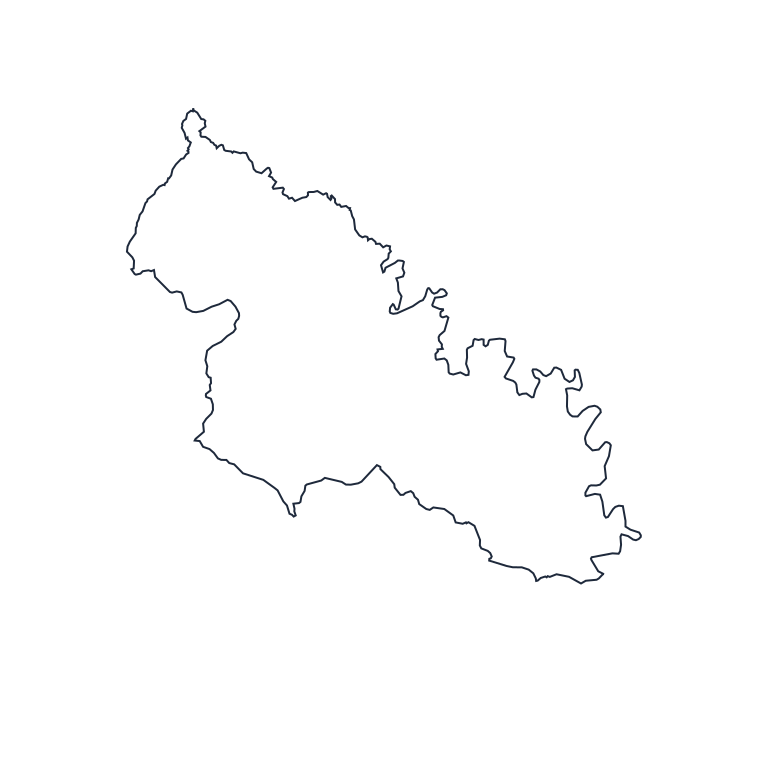 Chililabombwe, Copperbelt, Zambia, rotated 207°
{"feature_id": "96606910B40420728980339", "entity_name": "Chililabombwe", "entity_type": "district", "adm_level": 2, "iso_a3": "ZMB", "parent_name": "Zambia", "parent_adm1": "Copperbelt", "projection": "robinson", "projection_center": [27.886, -12.358], "detail": "fine", "context": "isolated", "style": "outline", "palette": "slate", "viewbox_px": 768, "rotation_deg": 207, "n_neighbors": 0, "source": "geoboundaries", "source_scale": "gbopen_adm2", "svg_char_len": 6155}
<svg xmlns="http://www.w3.org/2000/svg" viewBox="0 0 768 768"><g transform="rotate(207 384 384)"><path d="M661.2,371.5L656.1,368.8L654.7,368.8L651.1,371.8L650.2,374.9L645.4,378.4L642.7,378.8L640.7,381.1L636.5,375.4L616.5,368.8L614.3,369.2L610.7,372.4L606.1,373.6L603.9,372.1L594.2,361.6L587.4,361.4L584.0,362.7L578.2,367.1L572.7,374.6L567.1,380.2L561.6,388.0L558.3,388.3L551.5,385.5L545.4,381.3L544.0,378.9L543.4,375.9L544.3,373.3L544.3,369.2L541.2,365.8L541.8,361.9L545.5,355.4L548.2,347.8L553.9,340.1L556.7,333.4L553.9,324.1L549.5,319.6L547.1,312.8L543.3,310.5L541.3,310.9L538.5,306.2L538.8,304.0L535.7,299.5L538.1,294.3L537.5,292.8L536.5,291.7L531.5,292.3L527.3,288.2L524.6,283.2L524.3,279.3L526.6,272.2L527.2,266.6L522.8,259.7L527.0,249.5L527.0,247.7L522.3,249.5L516.7,245.9L509.9,246.8L504.3,245.4L498.2,242.3L494.6,242.5L489.9,244.8L486.0,243.3L481.0,244.4L469.1,240.4L448.0,243.8L434.4,241.7L430.5,240.9L420.4,233.7L415.3,231.7L409.3,225.5L406.6,225.7L404.3,224.9L403.0,226.8L406.1,229.8L407.1,232.2L410.4,236.2L405.7,239.3L404.9,241.0L406.6,246.4L406.2,252.7L407.9,257.7L407.2,259.4L396.1,269.5L394.1,273.5L377.2,277.6L372.3,277.1L367.9,279.2L361.9,283.8L359.7,286.8L353.5,308.5L349.7,308.5L348.5,306.5L337.7,303.2L329.4,299.4L327.4,296.5L319.0,292.7L316.4,294.1L315.4,296.7L311.5,300.7L308.4,300.0L305.5,297.4L301.2,296.3L298.1,293.0L289.6,291.8L286.1,292.6L284.0,296.4L273.5,300.0L262.6,298.3L257.3,293.2L250.4,295.2L248.2,297.9L247.3,297.3L246.0,299.2L239.0,298.7L227.6,288.6L225.3,283.6L222.7,281.7L215.8,282.4L212.6,281.6L209.7,279.2L209.7,277.2L210.8,276.1L210.1,274.4L192.2,277.5L186.0,279.2L178.0,283.2L170.8,284.3L165.0,283.1L160.5,279.7L159.0,277.6L157.8,278.6L156.3,282.3L152.9,285.7L151.3,285.6L150.9,287.1L148.7,287.4L143.9,292.8L131.6,296.2L117.9,295.7L114.9,300.3L105.7,306.1L104.3,308.3L102.6,314.0L101.7,314.4L108.1,314.4L119.2,321.3L120.3,322.3L120.3,323.9L103.6,336.8L97.9,339.3L97.7,342.2L99.8,348.4L104.0,355.3L104.1,357.9L97.5,359.3L91.4,358.5L88.6,359.2L86.7,361.5L85.8,364.3L86.5,365.8L89.2,367.5L98.2,366.1L104.1,366.6L106.7,371.7L115.7,383.6L119.5,382.2L122.1,379.5L123.1,376.5L124.1,367.2L125.6,365.7L128.1,367.0L136.0,378.3L141.2,383.5L146.2,381.8L153.0,375.8L153.9,376.1L155.2,378.6L154.9,386.0L153.5,387.7L148.7,390.0L145.9,392.3L143.3,400.7L150.1,411.0L150.8,421.8L154.1,432.4L156.3,433.5L159.1,433.4L160.5,432.5L162.9,423.1L168.1,419.5L176.6,422.2L180.0,426.4L180.8,428.8L181.1,433.7L179.8,448.8L178.0,457.2L179.7,459.5L183.6,460.6L186.5,460.2L191.3,456.5L194.8,450.2L196.7,443.0L201.3,440.7L204.2,441.1L207.7,442.9L210.8,447.1L215.6,457.0L219.5,462.0L218.7,463.1L214.3,465.7L207.0,467.1L206.7,471.4L207.4,473.3L215.0,482.5L217.8,484.6L219.9,483.7L220.3,482.7L217.1,477.0L217.3,473.1L219.7,470.0L225.5,470.7L232.6,477.0L237.9,476.9L239.7,475.8L240.2,469.0L243.1,464.6L246.1,464.3L250.5,466.1L254.8,466.2L257.9,464.6L257.8,463.2L254.2,459.6L251.9,458.4L248.7,458.9L247.4,458.2L246.5,456.3L246.5,447.7L244.9,440.2L246.3,439.2L252.8,440.2L256.2,438.1L258.4,435.6L261.4,437.1L265.8,443.6L267.7,444.9L270.3,445.4L277.9,444.3L279.8,445.1L279.0,461.8L279.3,465.6L280.5,466.4L286.8,464.4L291.4,468.2L295.2,477.4L296.6,478.7L301.6,476.9L309.7,471.5L310.2,470.2L309.3,466.0L310.6,463.7L313.0,464.1L315.4,468.8L317.3,468.3L319.8,466.1L323.6,465.3L324.1,463.8L322.4,458.3L325.7,453.8L325.7,452.1L322.0,445.3L320.0,439.2L314.2,433.8L312.9,430.5L315.0,429.0L321.2,429.0L326.6,423.9L330.2,423.1L331.7,423.8L335.4,430.3L338.8,433.5L341.8,434.1L348.2,429.5L349.6,430.3L351.8,434.0L350.8,437.7L352.0,439.1L347.6,442.0L349.4,443.3L350.4,445.6L354.7,447.6L356.6,450.5L356.6,452.9L354.2,458.7L356.8,472.4L359.1,472.8L361.8,470.1L363.3,469.9L364.7,470.4L365.9,472.7L366.1,474.2L364.8,476.5L365.4,477.4L368.5,476.1L375.8,475.5L376.9,476.3L377.7,484.1L371.6,488.1L368.9,491.3L369.2,493.3L372.7,495.1L374.7,495.1L376.8,494.0L378.2,489.6L380.4,487.2L382.7,487.4L387.1,489.8L388.1,489.5L388.4,487.9L387.1,480.9L387.4,476.4L389.6,473.9L393.7,466.3L404.5,452.9L407.7,450.7L410.6,450.2L411.8,451.2L413.2,454.7L412.4,459.2L411.4,459.1L407.4,455.9L405.7,456.5L405.3,457.8L408.2,470.1L413.3,473.4L417.7,480.7L421.0,483.7L415.9,488.5L416.4,492.4L420.0,495.4L421.7,501.8L423.2,502.1L426.4,501.0L427.7,500.3L429.3,496.8L435.4,488.3L434.7,484.3L435.5,483.0L440.6,488.5L439.9,492.9L437.5,496.9L437.4,498.4L439.0,502.3L438.1,505.3L440.1,506.6L441.1,509.4L444.7,508.5L446.8,505.4L451.5,507.1L454.7,505.2L456.2,506.8L460.8,507.9L462.8,506.5L463.5,504.8L465.1,507.2L466.1,507.4L468.0,506.9L469.8,504.9L473.5,505.2L479.9,508.6L485.5,517.0L488.5,519.1L492.4,523.5L493.7,523.5L494.1,525.3L495.5,524.7L498.6,525.4L502.5,522.4L505.1,523.7L507.0,522.4L510.0,523.6L511.6,526.5L516.2,528.2L516.7,527.2L515.0,525.3L515.2,523.7L519.1,525.0L521.1,527.6L522.2,527.7L524.2,525.1L531.0,525.7L533.8,523.2L538.1,520.9L538.7,520.0L537.4,517.6L538.1,515.3L541.3,512.9L546.4,506.6L550.5,508.2L552.8,506.0L555.4,507.5L560.1,507.3L561.4,508.6L561.7,512.3L563.3,513.0L571.1,507.7L572.5,508.7L571.8,515.1L576.0,516.1L577.3,517.2L580.8,517.0L580.6,521.1L584.2,524.3L585.5,524.0L586.3,522.7L588.8,516.2L594.3,515.2L597.7,516.4L602.1,521.7L606.2,522.9L611.6,527.2L614.9,526.0L616.7,524.4L623.5,523.0L624.0,521.2L625.7,521.8L631.0,519.9L632.6,520.0L635.9,523.5L637.5,523.3L638.9,521.5L640.1,518.1L641.8,520.2L643.7,520.1L645.7,521.3L648.1,521.0L650.0,522.4L655.2,523.1L659.0,521.4L660.4,522.2L661.6,525.0L663.3,525.5L659.9,532.3L662.1,535.0L662.7,537.4L664.9,537.9L667.1,537.1L673.6,541.0L677.8,541.4L679.2,543.1L678.1,540.2L680.1,539.8L682.1,535.6L680.7,530.3L682.2,527.3L682.0,523.9L681.1,523.0L680.5,520.4L675.7,517.2L671.8,512.7L671.0,514.4L669.3,512.0L665.8,511.5L665.3,507.3L665.8,505.2L664.6,504.4L665.0,502.6L663.9,502.5L663.1,501.1L664.5,498.7L665.0,494.0L666.9,492.5L669.1,485.2L669.8,479.1L668.3,473.2L668.9,469.6L669.7,469.3L669.0,465.7L670.2,463.3L669.8,461.6L671.1,461.3L673.8,457.8L675.2,452.6L674.8,449.1L678.5,441.2L678.0,439.1L678.7,436.9L677.5,428.2L678.4,423.8L677.3,419.1L677.3,415.4L676.0,412.5L676.0,410.4L673.7,405.5L675.1,395.5L674.9,390.1L673.1,385.2L665.7,382.6L662.7,380.4L659.5,373.3L661.2,371.5Z" fill="none" stroke="#1e293b" stroke-width="2"/></g></svg>